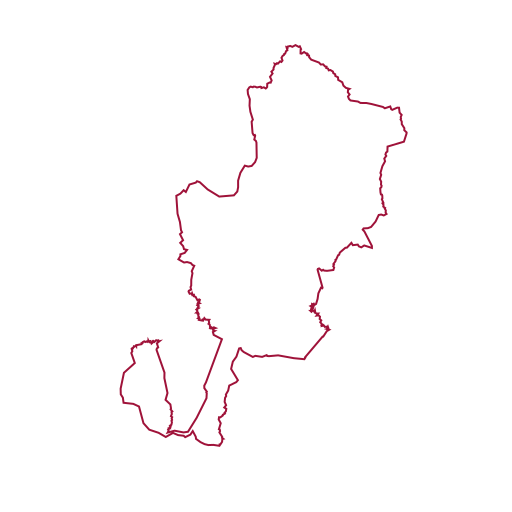 Na Wang, Nong Bua Lam Phu, Thailand, rotated 35°
{"feature_id": "78962969B46616505195468", "entity_name": "Na Wang", "entity_type": "district", "adm_level": 2, "iso_a3": "THA", "parent_name": "Thailand", "parent_adm1": "Nong Bua Lam Phu", "projection": "albers", "projection_center": [102.064, 17.314], "detail": "fine", "context": "isolated", "style": "outline", "palette": "rose", "viewbox_px": 512, "rotation_deg": 35, "n_neighbors": 0, "source": "geoboundaries", "source_scale": "gbopen_adm2", "svg_char_len": 6073}
<svg xmlns="http://www.w3.org/2000/svg" viewBox="0 0 512 512"><g transform="rotate(35 256 256)"><path d="M231.7,452.2L240.3,447.5L246.5,446.4L259.7,457.5L268.2,459.5L277.6,456.7L285.9,456.0L289.5,448.5L294.9,447.4L299.9,444.7L301.9,445.0L304.7,440.0L304.6,435.7L310.3,438.6L311.8,440.2L317.3,440.3L321.8,439.6L325.4,438.2L329.4,435.2L334.8,432.5L334.3,431.3L334.9,431.1L334.8,427.7L333.4,425.2L334.0,424.5L332.4,424.4L332.0,423.5L327.2,421.5L327.0,420.1L325.9,419.0L325.0,419.2L323.0,413.2L319.2,411.3L318.2,409.3L319.3,408.7L320.3,405.7L319.9,405.1L320.9,402.9L320.2,402.6L320.4,400.5L319.3,398.2L316.9,398.3L317.1,395.4L314.0,393.5L312.0,389.9L311.9,387.8L310.8,386.8L310.4,382.2L308.4,377.5L312.2,370.6L312.4,368.1L300.4,362.8L297.6,355.8L297.7,349.7L295.2,341.4L296.3,340.2L298.2,341.4L301.0,341.7L311.3,340.5L312.7,338.2L318.9,335.1L321.6,331.1L322.5,331.5L324.1,330.6L331.1,324.7L345.6,318.0L354.8,312.8L354.7,310.9L354.3,310.8L356.8,283.8L357.3,283.5L357.1,276.9L358.2,274.5L355.9,275.2L356.9,273.8L355.3,272.6L355.4,274.0L354.5,273.3L353.0,274.6L351.5,274.0L350.2,275.4L350.0,274.3L349.2,274.9L348.8,273.9L346.6,273.4L346.4,271.3L344.3,271.1L343.2,269.0L341.3,268.7L339.9,270.0L340.0,267.4L338.4,268.5L337.1,268.4L335.4,266.7L335.7,268.2L334.7,267.7L333.6,268.6L333.4,269.9L332.2,269.7L333.2,269.0L332.8,268.0L331.7,268.1L331.3,267.0L332.7,266.3L332.0,264.1L331.1,264.6L331.3,265.6L329.4,265.7L330.2,264.3L329.5,263.2L330.2,263.1L330.7,261.9L332.0,262.5L332.7,260.8L331.1,255.9L328.5,250.8L327.4,244.7L328.8,244.4L328.7,243.8L314.3,231.9L314.1,231.1L314.8,230.0L318.3,230.3L318.9,228.8L320.1,228.9L322.7,227.4L327.4,223.1L326.6,220.6L325.1,220.1L324.9,218.4L324.0,218.2L324.1,214.7L323.3,213.6L323.7,213.1L322.8,208.3L323.4,207.3L322.7,205.1L324.5,198.0L325.7,197.0L326.6,190.5L329.1,191.6L332.8,188.3L334.8,189.1L337.3,188.5L338.6,185.3L346.3,182.9L345.2,181.3L330.7,173.7L328.3,173.2L328.3,171.7L331.7,169.0L333.6,166.2L334.2,159.2L333.0,152.0L334.8,150.2L337.4,149.5L338.8,146.7L337.2,146.0L336.2,144.2L334.2,143.3L334.2,142.6L331.9,142.5L331.2,141.0L329.4,140.3L329.9,139.4L326.5,137.3L326.5,136.3L324.8,134.1L324.0,133.5L323.0,133.9L321.4,132.4L318.9,129.3L319.2,127.8L318.6,126.4L317.4,125.8L315.9,123.3L313.3,121.9L312.0,117.7L310.3,116.6L308.0,109.9L307.4,104.4L305.2,102.6L305.3,99.3L303.8,98.6L303.2,96.7L303.7,95.1L301.0,90.9L311.6,77.5L309.1,69.4L308.5,68.4L305.3,67.9L304.2,66.2L299.8,64.4L298.3,62.3L296.1,61.2L296.1,60.4L294.8,59.1L294.4,56.9L291.4,56.2L288.1,52.5L286.6,53.5L283.8,58.1L282.6,58.2L280.2,56.5L276.8,61.1L274.5,61.1L263.3,65.3L258.8,67.3L253.8,70.7L250.9,71.0L244.2,74.4L242.0,74.0L239.9,72.6L240.0,70.0L237.3,69.2L236.1,67.0L236.7,65.5L233.2,66.7L229.9,66.3L227.0,64.2L222.3,64.6L220.7,62.6L217.7,63.0L216.6,61.7L214.5,61.9L213.2,60.8L210.2,61.0L209.1,62.2L207.6,61.2L205.7,61.7L205.2,60.5L203.8,61.1L201.1,60.5L199.2,62.0L196.6,61.4L188.6,63.5L185.6,62.7L184.5,61.4L182.9,62.1L182.6,60.9L181.6,60.8L181.5,61.4L178.4,61.3L177.3,64.1L176.3,64.5L174.2,61.4L174.3,60.7L171.6,59.1L171.0,60.2L167.4,60.6L165.8,63.8L163.6,64.3L161.8,66.3L162.4,67.3L161.3,67.5L163.7,69.5L163.1,70.9L163.8,73.5L163.2,74.4L163.6,75.4L163.0,76.8L163.2,79.0L165.6,80.7L165.5,82.5L164.1,82.7L163.6,85.9L162.6,86.0L162.4,87.3L161.0,87.8L161.8,88.3L162.5,91.9L163.4,93.2L162.9,96.2L164.9,97.0L164.7,101.2L168.1,103.2L168.6,105.6L167.7,106.0L166.4,108.4L168.2,111.2L168.1,112.6L167.9,113.2L165.7,113.3L164.1,115.3L163.3,114.6L162.5,114.8L160.1,117.4L158.2,117.8L156.8,118.7L156.6,119.6L154.5,120.3L153.8,121.7L153.9,124.8L156.5,127.9L161.0,131.1L164.5,136.6L168.7,141.1L175.2,146.1L175.4,148.5L182.7,157.3L184.8,158.4L185.6,157.5L186.3,157.9L187.8,161.6L189.9,161.8L191.3,162.8L200.3,175.2L201.4,179.6L200.8,184.7L198.3,187.2L195.0,188.4L195.5,196.8L198.1,204.5L201.9,209.9L203.7,213.9L203.1,219.0L191.8,228.4L178.2,229.2L167.6,227.8L164.8,228.6L164.6,230.4L160.5,235.6L161.8,243.8L159.0,243.6L158.3,248.3L156.2,252.4L167.5,266.4L174.2,271.8L179.8,277.9L181.8,279.0L181.2,281.7L187.2,284.9L186.4,288.7L190.7,289.7L193.1,291.7L196.0,290.6L195.8,294.4L193.1,298.0L194.1,299.4L194.3,303.2L200.8,302.6L203.0,300.5L206.7,299.2L209.1,299.8L211.0,299.4L212.1,305.3L213.8,306.5L216.6,312.6L219.9,317.4L220.2,319.0L222.1,320.7L220.9,323.0L221.2,323.9L223.3,325.0L224.5,323.7L225.5,324.2L225.2,323.3L226.5,324.2L227.4,323.4L228.3,324.6L229.9,324.1L233.3,325.8L234.4,324.1L235.2,324.1L236.1,327.2L236.9,327.1L236.2,328.1L235.3,327.6L235.5,328.8L236.4,329.0L236.2,330.0L237.8,329.9L237.9,331.9L238.9,331.6L237.9,334.1L239.2,334.4L239.9,335.4L239.7,336.4L240.8,335.6L241.9,336.2L241.6,336.9L242.5,337.0L243.0,338.2L244.4,338.7L244.2,340.3L245.6,339.8L245.9,341.1L248.9,339.8L248.7,338.9L249.7,339.0L249.3,336.5L251.2,337.0L254.3,335.1L254.3,336.0L255.8,337.4L256.0,338.8L257.4,338.7L259.3,340.7L259.9,342.3L260.2,340.1L261.1,340.4L261.6,339.7L261.8,340.7L262.7,340.7L263.2,338.5L264.1,338.3L263.2,339.5L263.4,341.3L264.0,341.8L265.1,341.2L264.3,343.0L266.6,344.9L275.8,343.7L287.5,388.2L288.0,391.9L289.5,393.9L293.5,395.3L293.5,396.2L294.4,396.7L297.0,400.9L300.2,422.6L301.1,439.0L297.8,442.1L289.5,445.8L284.9,451.3L284.7,449.3L283.6,448.7L283.9,447.7L283.4,447.4L284.2,446.7L283.5,446.4L283.5,445.7L284.1,445.3L283.6,444.0L283.0,444.0L283.5,442.8L282.5,440.4L281.3,439.5L281.3,438.4L280.2,437.6L279.8,436.1L278.2,436.0L277.7,433.7L276.3,432.3L276.6,431.3L274.0,430.6L273.8,429.6L271.0,426.7L264.4,425.7L262.1,419.0L251.0,408.6L247.9,404.0L228.3,389.9L227.8,388.5L228.3,387.0L224.9,384.4L225.8,381.1L224.9,382.0L224.5,381.5L224.3,382.1L223.9,381.6L222.5,382.3L222.0,384.7L220.6,384.5L220.2,385.7L221.0,386.2L220.7,387.4L220.0,386.6L220.0,387.2L218.3,387.7L217.9,386.6L217.1,387.4L216.2,386.9L216.6,387.6L216.2,387.6L216.1,388.8L215.3,388.8L214.6,390.0L213.4,390.0L212.6,391.6L213.0,392.4L212.2,393.0L212.8,393.9L209.1,397.7L209.6,398.5L208.9,398.2L208.5,399.9L207.8,400.1L208.1,400.7L207.4,402.8L208.1,402.8L207.9,403.8L209.3,404.9L209.5,407.0L218.1,413.2L214.8,427.4L221.2,442.3L224.6,446.9L228.2,448.4L231.7,452.2Z" fill="none" stroke="#9f1239" stroke-width="2"/></g></svg>